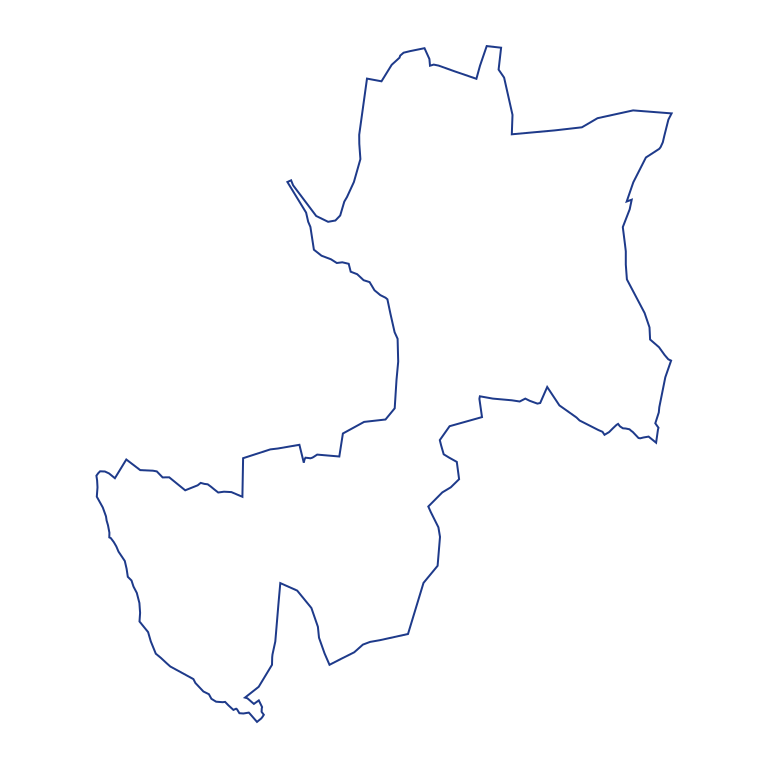 outline of Malumfashi, Katsina, Nigeria
{"feature_id": "59680162B59256397716169", "entity_name": "Malumfashi", "entity_type": "district", "adm_level": 2, "iso_a3": "NGA", "parent_name": "Nigeria", "parent_adm1": "Katsina", "projection": "equal_earth", "projection_center": [7.623, 11.86], "detail": "fine", "context": "isolated", "style": "outline", "palette": "blue", "viewbox_px": 768, "rotation_deg": 0, "n_neighbors": 0, "source": "geoboundaries", "source_scale": "gbopen_adm2", "svg_char_len": 3211}
<svg xmlns="http://www.w3.org/2000/svg" viewBox="0 0 768 768"><path d="M306.1,212.6L308.2,221.8L310.4,226.9L313.9,249.7L321.5,255.7L331.0,259.3L336.8,263.0L342.3,262.3L348.7,263.8L350.7,271.7L357.2,274.2L363.6,280.2L369.6,282.1L374.5,290.3L380.3,295.1L385.5,297.7L387.4,299.3L390.4,313.6L394.6,332.2L397.6,338.8L398.2,361.7L396.5,379.9L394.7,408.3L385.5,419.5L364.1,421.9L342.9,433.5L339.3,456.5L317.2,454.6L313.2,457.2L312.0,457.8L310.3,458.3L309.2,458.1L305.5,457.7L304.5,459.5L303.8,462.7L299.4,444.8L277.9,448.5L270.3,449.4L243.1,458.2L242.9,469.4L242.4,496.8L231.4,492.1L224.0,491.7L218.2,492.5L214.0,489.2L211.1,486.8L207.7,484.3L204.4,483.9L200.7,482.9L197.7,485.3L185.2,490.3L169.2,477.3L162.6,477.4L156.8,471.4L153.0,470.7L140.2,470.1L126.3,459.5L114.9,478.2L109.0,473.4L104.9,471.5L100.1,471.3L98.3,473.1L96.4,475.7L97.1,480.3L97.5,487.3L96.8,496.7L102.8,507.5L106.0,516.4L106.6,520.5L108.0,525.3L109.4,532.7L109.3,537.4L110.8,538.1L113.8,542.1L116.3,546.4L118.5,551.6L124.8,561.0L126.6,568.8L127.8,576.8L131.5,580.5L133.5,586.6L136.8,592.9L139.4,603.0L140.1,612.9L139.5,621.5L148.1,632.1L150.8,641.4L155.8,653.7L160.9,657.9L166.6,663.2L170.3,666.5L193.4,679.1L195.4,683.0L203.4,691.5L208.9,694.2L211.4,698.8L216.1,701.7L222.7,702.2L225.1,701.9L228.4,705.3L233.4,709.9L236.1,708.7L237.0,709.3L239.4,713.2L243.4,713.5L248.8,712.6L249.7,713.5L257.0,721.9L261.2,718.5L262.4,717.0L263.8,714.8L262.1,712.5L261.6,711.8L261.6,710.8L261.7,710.5L261.7,709.0L261.9,707.8L262.1,707.1L258.8,700.4L253.9,703.9L252.0,702.3L249.5,700.1L247.4,698.3L245.0,697.6L258.7,686.8L272.0,664.8L272.2,657.2L272.5,654.4L275.3,641.5L278.5,603.3L280.3,583.1L297.2,590.6L311.4,608.0L317.9,626.8L319.0,637.7L324.6,653.5L329.5,664.8L341.2,658.8L354.2,652.3L362.9,644.6L370.1,641.9L379.8,640.2L408.0,634.0L423.5,582.9L437.6,565.8L440.0,536.9L438.4,527.3L430.7,511.9L428.3,506.5L442.3,492.4L450.8,487.3L459.1,479.2L456.8,461.9L449.1,457.6L443.7,454.3L441.1,445.3L439.8,440.1L449.6,426.2L482.0,417.1L479.4,398.9L479.6,397.6L479.9,396.3L492.8,398.6L511.9,400.3L519.7,401.5L525.3,398.6L529.7,400.8L537.4,403.6L540.2,403.0L547.2,387.0L559.4,405.4L576.5,417.5L579.6,420.5L598.3,430.0L602.5,431.8L604.5,434.8L609.1,432.1L613.0,428.2L616.5,424.9L618.1,423.9L619.9,426.3L622.9,428.3L625.7,428.5L629.5,429.3L631.2,430.8L632.8,432.0L638.5,438.0L640.2,438.3L643.4,437.5L648.6,436.6L656.1,442.7L658.0,429.4L658.5,427.8L655.3,423.3L658.8,412.4L659.3,407.2L665.3,377.3L671.1,360.6L668.3,359.3L664.6,355.0L659.0,347.2L650.1,339.5L649.5,327.4L644.6,313.0L626.9,279.4L625.8,264.6L625.8,251.3L625.0,244.5L622.8,227.1L629.7,209.3L631.7,199.7L626.7,201.5L633.3,182.3L645.9,157.5L659.3,148.8L660.6,147.1L662.8,142.3L664.4,135.5L668.4,119.6L671.6,113.4L633.1,110.4L597.5,118.2L581.9,127.3L554.7,130.4L511.8,134.3L512.5,114.9L504.1,77.6L498.6,69.6L501.1,47.7L486.7,46.1L480.0,65.7L476.4,78.8L454.8,71.4L438.6,65.6L433.7,64.6L430.0,65.7L429.4,59.0L424.5,48.2L410.2,51.1L403.6,52.7L400.2,55.6L399.5,57.7L391.7,64.8L381.5,81.3L367.0,78.6L359.2,134.8L359.3,143.9L360.4,159.1L353.9,182.0L347.0,197.0L344.3,201.6L340.2,215.5L335.4,220.5L328.1,221.8L316.2,216.0L293.1,185.3L291.1,180.3L287.4,182.0L306.1,212.6Z" fill="none" stroke="#1e3a8a" stroke-width="2"/></svg>